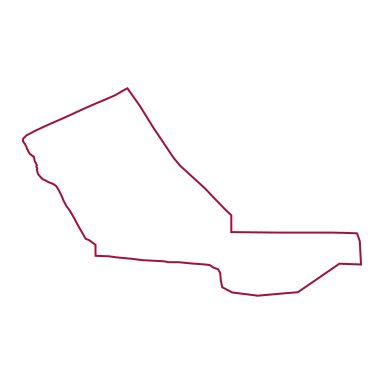 Paniai, Papua, Indonesia (Albers equal-area conic projection)
{"feature_id": "22746128B72382312298600", "entity_name": "Paniai", "entity_type": "district", "adm_level": 2, "iso_a3": "IDN", "parent_name": "Indonesia", "parent_adm1": "Papua", "projection": "albers", "projection_center": [136.34, -3.758], "detail": "fine", "context": "isolated", "style": "outline", "palette": "rose", "viewbox_px": 384, "rotation_deg": 0, "n_neighbors": 0, "source": "geoboundaries", "source_scale": "gbopen_adm2", "svg_char_len": 2056}
<svg xmlns="http://www.w3.org/2000/svg" viewBox="0 0 384 384"><path d="M232.3,292.5L251.6,294.9L252.5,295.0L257.7,295.7L276.6,294.0L283.6,293.4L297.9,292.2L318.6,278.0L331.8,268.9L333.7,267.6L339.4,263.7L361.0,264.5L360.5,254.7L360.2,248.6L360.2,248.4L359.8,241.3L358.9,238.7L357.3,234.0L356.9,233.3L351.2,233.1L342.8,232.8L340.4,232.8L332.7,232.6L313.3,232.6L296.7,232.6L278.3,232.6L250.9,232.3L239.4,232.2L231.3,232.1L231.3,215.2L225.7,210.0L211.5,195.3L205.0,188.4L200.3,184.1L179.9,165.5L173.5,157.7L171.4,154.6L166.7,147.6L162.6,141.4L154.0,128.7L139.8,105.8L127.4,88.3L123.8,90.2L115.2,95.2L106.1,99.2L96.5,103.2L83.9,108.7L76.7,112.0L68.1,116.0L67.6,116.2L55.2,121.7L45.8,125.8L34.1,131.3L32.4,132.3L26.2,135.5L25.0,137.0L23.6,138.1L23.0,139.4L23.0,141.1L24.2,143.1L24.9,144.0L25.2,144.5L25.7,145.5L26.4,146.6L26.7,148.0L26.9,148.9L27.7,149.6L27.9,150.7L28.1,151.0L28.8,152.2L29.4,152.8L29.7,153.8L30.5,154.5L31.2,154.8L32.1,155.6L32.8,156.3L33.5,156.3L34.0,156.9L33.9,157.7L34.3,158.7L34.4,159.6L34.7,160.8L35.0,161.6L35.3,162.4L35.5,162.5L36.0,163.2L36.2,163.7L36.4,164.4L36.9,165.3L36.4,166.0L36.4,166.9L37.2,168.0L37.3,168.7L36.9,169.6L36.8,170.0L36.9,170.5L37.5,171.8L37.6,172.7L38.0,173.9L38.7,174.9L39.3,175.6L40.2,176.5L41.2,177.9L42.0,178.3L42.5,179.2L43.7,179.6L44.1,179.8L44.9,180.2L46.2,180.8L47.5,181.6L49.1,182.4L49.9,182.7L50.4,182.9L52.6,183.7L53.8,184.4L54.9,185.1L56.0,185.9L58.1,189.1L58.8,190.3L59.2,191.1L62.0,196.7L63.4,200.3L64.6,202.6L66.2,205.7L69.8,210.7L72.1,214.6L74.4,218.5L74.7,219.1L77.8,225.1L81.4,231.3L85.6,238.7L89.4,240.3L89.6,240.4L92.3,242.5L92.5,242.6L93.3,243.2L95.5,244.9L95.5,250.8L95.5,251.9L95.6,255.8L101.1,256.0L109.0,256.3L116.9,257.4L117.2,257.4L122.4,257.9L124.8,258.1L129.3,258.6L130.9,258.7L140.5,259.9L142.8,260.2L147.4,260.4L156.5,260.9L163.9,261.3L164.3,261.3L168.0,262.2L178.5,262.2L181.7,262.5L192.9,263.6L203.0,264.3L209.6,265.0L212.8,267.2L213.3,267.5L218.2,269.3L220.2,273.1L220.3,274.0L220.9,281.4L221.0,281.6L222.3,287.3L232.3,292.5Z" fill="none" stroke="#9f1239" stroke-width="2"/></svg>